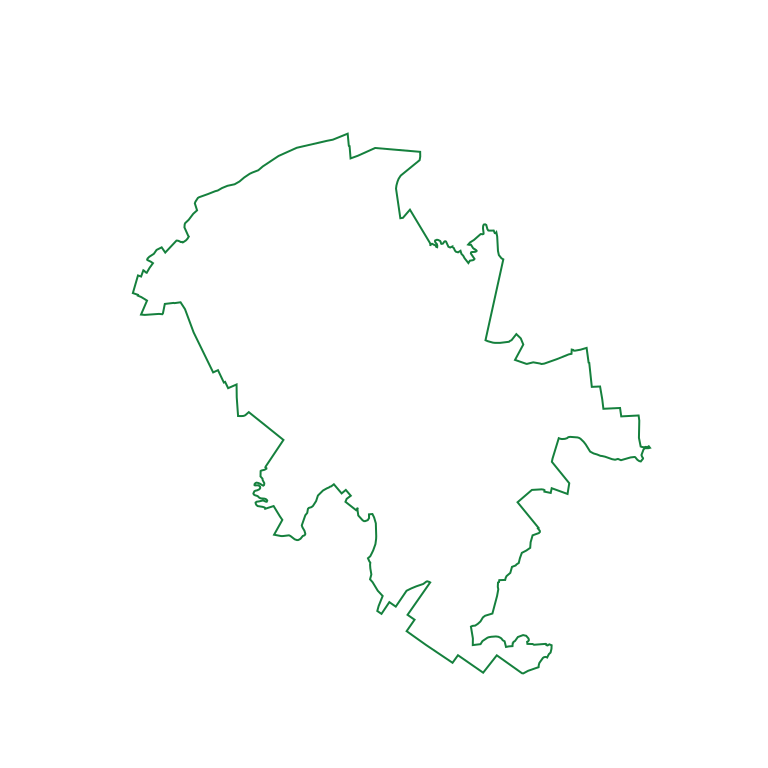 the district of Craidorolt, Satu Mare, Romania, rotated 114°
{"feature_id": "2599482B64350665311002", "entity_name": "Craidorolt", "entity_type": "district", "adm_level": 2, "iso_a3": "ROU", "parent_name": "Romania", "parent_adm1": "Satu Mare", "projection": "mercator", "projection_center": [22.703, 47.59], "detail": "fine", "context": "isolated", "style": "outline", "palette": "green", "viewbox_px": 768, "rotation_deg": 114, "n_neighbors": 0, "source": "geoboundaries", "source_scale": "gbopen_adm2", "svg_char_len": 6166}
<svg xmlns="http://www.w3.org/2000/svg" viewBox="0 0 768 768"><g transform="rotate(114 384 384)"><path d="M529.1,460.6L527.7,457.7L527.7,457.0L528.2,455.5L529.3,454.8L530.8,455.0L532.7,456.6L533.9,458.2L534.8,458.8L537.1,458.8L537.9,458.0L538.1,456.7L537.8,453.9L538.6,451.6L538.6,450.1L537.4,446.7L537.2,445.3L537.5,444.0L538.1,443.2L539.3,443.3L539.6,444.5L539.5,445.8L539.7,447.3L542.0,450.3L543.3,452.4L544.5,453.1L545.5,452.5L546.4,451.4L546.9,449.8L545.6,444.9L545.4,443.0L545.5,442.4L546.3,441.8L540.4,435.2L547.3,425.2L549.5,421.6L566.4,423.1L564.8,416.3L564.1,414.6L560.9,409.3L560.9,407.7L562.2,402.4L562.0,400.1L561.5,399.0L560.6,398.2L559.3,397.3L555.9,396.4L554.6,395.1L553.6,394.8L552.8,395.0L550.4,397.0L548.2,400.1L546.6,401.6L535.9,402.5L533.0,401.7L529.0,402.7L527.8,402.3L526.0,400.2L524.3,399.3L518.6,398.4L512.8,399.0L506.1,396.4L502.6,393.8L500.9,392.2L499.7,391.5L499.0,390.6L496.0,389.0L501.2,378.2L496.3,375.8L499.6,368.9L504.1,371.4L507.3,371.3L510.6,358.2L507.7,357.6L509.5,357.2L514.6,354.0L517.2,348.1L517.4,346.4L516.9,345.4L515.0,343.5L512.6,343.1L509.2,344.7L507.5,341.7L509.9,338.8L514.6,334.8L526.2,329.2L528.7,328.2L533.8,326.7L540.4,326.2L543.6,326.3L547.0,326.5L549.7,327.8L552.1,325.1L552.7,323.9L554.8,323.2L558.0,321.5L563.1,318.1L568.1,317.3L569.7,313.8L575.4,305.6L578.2,299.0L589.0,298.6L594.1,297.8L595.0,292.8L581.1,290.4L582.6,282.7L563.7,279.3L559.6,275.9L555.7,272.2L550.7,266.8L547.4,265.0L546.7,264.3L546.4,262.2L546.5,261.1L585.3,268.6L586.9,260.2L600.6,262.8L605.3,239.5L610.8,208.0L601.7,206.1L607.4,176.0L586.0,170.6L592.1,140.3L591.7,139.0L587.4,135.7L579.8,127.6L577.8,128.3L575.6,128.6L569.6,127.4L568.6,126.8L567.7,125.6L567.4,124.5L567.5,123.7L563.7,123.5L561.6,122.6L557.8,123.3L554.5,124.6L554.6,127.1L556.3,128.2L556.5,129.4L555.7,129.8L555.6,130.5L561.2,140.9L561.1,142.5L563.1,147.3L561.3,148.4L560.2,147.6L559.0,147.5L557.7,148.5L556.2,151.7L556.8,154.8L560.7,158.8L565.5,159.8L566.9,160.8L568.0,160.7L568.4,161.0L571.2,160.0L572.9,163.2L574.6,165.6L570.0,169.2L569.8,171.3L568.8,173.1L568.5,174.2L568.4,176.7L569.1,179.1L571.3,183.2L572.8,185.4L573.7,186.3L578.8,189.5L582.4,190.0L586.4,196.7L580.3,199.3L570.3,205.9L569.0,204.8L567.6,202.4L564.9,200.7L561.7,199.3L557.0,198.7L554.6,197.4L549.6,191.6L531.6,194.5L525.0,196.1L523.1,197.5L519.0,199.1L518.2,198.4L516.3,198.9L513.7,193.6L511.5,194.0L509.6,193.9L505.2,191.8L499.0,192.7L496.2,189.9L495.0,189.6L492.7,188.1L487.8,189.0L482.2,189.4L478.2,186.2L474.2,183.8L468.9,185.7L461.8,186.7L457.2,181.9L455.7,181.4L454.7,182.0L453.3,184.7L452.6,184.3L437.7,213.9L420.6,205.8L416.1,197.1L415.6,195.2L415.7,194.2L417.1,193.7L415.7,187.4L411.0,188.4L409.8,171.6L399.3,174.4L386.8,199.0L383.6,199.7L362.4,202.3L362.3,200.6L361.9,199.0L360.5,196.4L359.0,194.7L357.6,194.0L356.6,192.5L354.1,185.5L353.9,183.9L354.1,182.2L355.6,178.1L357.2,175.1L361.9,168.2L362.2,164.3L361.7,160.6L361.6,157.1L361.1,155.5L360.5,152.5L359.9,145.0L359.2,142.1L357.3,139.8L357.2,136.5L350.8,128.9L348.8,125.5L348.7,124.7L350.2,121.7L350.6,119.5L350.3,117.9L346.8,117.0L346.3,117.3L345.5,118.6L344.2,119.9L338.2,120.3L336.6,119.6L335.1,116.4L334.1,115.1L333.2,116.8L334.7,117.8L334.9,119.2L336.1,120.8L336.6,122.7L336.7,124.1L329.5,129.2L313.6,135.9L309.2,138.6L317.1,154.1L309.9,158.6L317.4,173.5L309.2,178.4L298.4,185.6L302.1,193.0L281.2,205.1L281.2,205.8L268.6,213.6L272.7,218.4L275.9,223.1L276.3,224.1L275.9,225.0L276.2,226.5L280.2,225.0L281.8,227.3L291.0,236.2L300.2,245.9L301.7,248.3L301.8,249.7L303.5,256.5L307.5,261.6L307.7,262.3L308.7,274.1L291.3,272.8L286.7,277.6L284.6,283.4L292.1,285.3L293.5,286.5L294.6,287.0L299.1,294.5L301.3,299.4L301.9,301.3L302.7,306.7L302.7,309.1L221.6,325.7L221.4,327.8L219.5,331.5L216.1,334.0L203.2,340.6L199.8,343.0L200.9,343.2L201.1,344.2L199.2,346.2L201.2,350.5L201.3,351.2L200.5,352.5L197.1,355.3L197.0,356.6L197.8,357.7L199.3,357.7L201.5,356.9L205.8,354.3L206.5,354.2L207.1,354.8L207.6,356.5L208.0,356.8L215.8,360.4L219.7,363.0L222.4,363.8L222.2,362.7L221.4,361.2L223.7,357.8L223.9,356.0L224.1,356.0L224.2,354.3L224.7,353.5L225.2,353.6L226.2,354.5L227.7,357.4L228.4,358.0L229.5,357.7L232.9,352.2L233.6,352.3L234.7,353.1L236.4,355.7L239.2,356.1L236.3,361.6L234.6,363.8L233.6,366.2L231.2,368.3L233.6,369.9L233.9,372.1L233.3,373.4L231.3,375.7L231.1,377.5L230.7,377.6L232.4,379.1L232.4,381.0L228.7,385.2L228.6,385.8L228.8,386.3L229.4,386.8L231.8,387.3L232.6,388.4L232.6,388.8L230.8,390.4L230.5,391.0L230.4,393.1L230.7,394.3L232.0,395.6L232.7,395.6L233.7,394.7L234.7,392.6L236.1,391.5L237.4,391.1L237.5,392.0L236.4,393.4L236.5,395.5L236.3,396.9L236.5,397.4L237.2,398.0L239.0,397.9L237.6,398.4L236.4,399.5L214.2,431.2L224.5,434.3L225.9,436.5L200.6,452.5L197.5,453.4L193.5,454.0L190.5,454.1L186.8,453.5L165.0,442.5L161.5,443.4L157.2,445.4L172.0,488.1L186.1,500.7L191.5,506.3L180.7,512.2L180.8,512.9L180.4,513.2L170.1,519.0L181.6,530.1L185.1,535.1L203.7,559.8L218.6,573.1L234.5,583.2L239.9,585.8L244.4,590.3L246.6,592.2L252.2,595.7L257.8,598.4L262.3,601.7L266.6,607.6L270.9,611.7L274.9,614.6L276.5,616.6L282.2,622.2L288.6,628.9L289.7,629.7L294.1,630.4L295.9,630.3L301.4,625.4L306.1,627.5L313.4,629.2L318.0,631.1L319.3,631.0L322.1,630.0L328.2,623.2L328.7,622.3L331.1,622.6L333.3,623.3L336.3,625.2L336.6,625.7L336.3,626.2L337.0,627.5L336.8,628.7L336.9,630.6L337.4,631.9L352.9,637.3L349.6,642.7L354.0,646.3L358.7,647.2L363.1,650.1L365.4,651.0L366.6,651.0L367.0,650.6L367.1,646.9L367.6,644.2L373.2,645.4L378.9,646.0L378.9,647.1L378.1,649.2L378.0,650.1L384.6,649.6L384.9,652.9L403.1,650.4L402.6,645.0L403.4,644.9L403.3,641.2L404.2,634.4L419.4,634.2L418.2,630.7L411.5,618.1L410.4,614.9L409.3,614.7L400.0,616.8L395.5,609.2L395.4,608.4L392.1,603.1L396.6,596.2L414.3,578.9L442.9,544.8L438.9,541.3L447.8,530.9L446.7,530.0L451.2,524.7L444.4,518.5L456.1,513.1L472.6,504.3L471.5,501.6L470.4,499.5L469.8,498.8L468.9,498.0L464.7,496.1L476.0,453.1L507.4,458.5L508.3,458.5L508.7,457.2L509.2,457.0L510.9,458.2L513.0,460.9L513.7,461.3L518.7,459.2L519.9,456.5L521.1,455.8L523.3,453.0L525.0,452.5L525.9,452.9L526.0,453.8L525.5,456.9L525.6,458.8L526.0,460.4L526.8,461.1L528.1,461.5L529.0,461.2L529.1,460.6Z" fill="none" stroke="#15803d" stroke-width="2"/></g></svg>